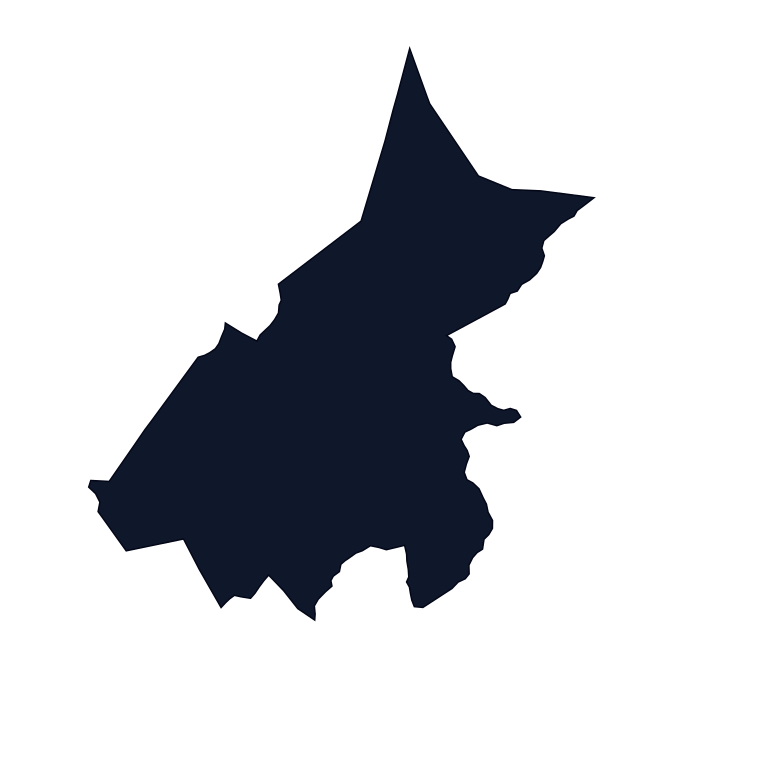 Moraújo, Ceará, Brazil, rotated 126°
{"feature_id": "56859067B38471619751725", "entity_name": "Moraújo", "entity_type": "district", "adm_level": 2, "iso_a3": "BRA", "parent_name": "Brazil", "parent_adm1": "Ceará", "projection": "robinson", "projection_center": [-40.674, -3.448], "detail": "fine", "context": "isolated", "style": "filled", "palette": "ink", "viewbox_px": 768, "rotation_deg": 126, "n_neighbors": 0, "source": "geoboundaries", "source_scale": "gbopen_adm2", "svg_char_len": 2030}
<svg xmlns="http://www.w3.org/2000/svg" viewBox="0 0 768 768"><g transform="rotate(126 384 384)"><path d="M657.3,534.1L670.5,494.5L663.9,488.5L627.2,455.1L642.6,424.4L660.6,384.4L653.9,383.6L648.5,382.6L642.9,380.8L640.1,374.4L635.8,366.0L629.1,365.4L621.1,365.7L613.8,365.6L606.4,365.0L610.2,343.7L616.4,321.7L615.7,301.3L610.6,304.5L604.5,309.9L596.8,310.7L586.4,309.2L578.1,307.3L574.3,311.4L569.3,312.1L562.0,309.8L555.2,312.9L550.0,311.7L545.0,309.9L537.2,307.3L531.6,303.5L522.8,299.9L519.2,292.0L516.7,284.7L509.7,278.7L502.4,272.5L508.4,265.7L513.9,261.3L519.8,255.3L525.6,250.5L530.9,249.4L533.4,244.0L538.1,239.3L542.5,234.5L546.3,228.6L541.9,221.2L509.5,208.8L500.7,207.6L493.8,203.8L487.6,203.5L480.7,208.8L472.4,210.2L465.7,209.6L459.7,207.2L450.9,211.8L444.2,210.7L437.1,211.4L430.6,216.0L426.5,224.5L421.0,230.5L417.9,236.7L412.9,245.6L411.8,254.0L412.7,260.6L408.3,267.2L400.3,270.3L392.5,272.5L388.9,277.6L386.7,283.1L383.4,289.1L375.4,290.3L368.7,286.7L362.3,283.9L354.9,277.6L351.4,268.2L345.1,263.7L338.8,256.5L330.4,254.0L327.5,261.3L329.6,267.5L334.9,271.6L337.1,277.5L338.2,284.8L335.5,294.2L335.7,301.3L339.2,306.3L339.9,312.3L338.3,318.7L337.3,325.2L338.0,333.1L332.3,339.1L327.2,342.8L321.0,345.3L312.0,348.4L308.0,355.6L308.1,361.9L262.0,339.7L248.0,333.0L242.7,333.7L236.6,335.2L230.5,330.8L222.5,331.2L214.2,327.4L204.8,325.5L197.7,325.8L191.8,327.5L186.0,329.6L181.3,336.2L174.0,339.0L166.9,337.4L160.6,335.9L150.5,335.2L142.0,331.8L136.5,329.0L130.1,329.7L123.1,327.5L109.9,323.6L135.6,370.7L151.6,394.8L160.2,429.9L130.4,511.8L126.7,517.4L97.5,560.4L141.5,543.4L156.4,537.9L187.1,525.9L265.7,498.3L365.3,528.1L371.7,521.2L376.7,516.3L381.7,515.3L388.6,511.1L396.4,510.3L403.8,510.5L417.1,513.0L424.0,512.1L426.5,529.1L427.9,548.2L433.2,545.1L441.4,543.2L448.4,541.3L454.7,541.2L461.1,543.4L466.3,546.0L471.6,550.1L550.0,550.4L561.3,550.6L579.3,550.1L624.4,549.1L634.4,564.5L641.0,562.3L642.2,552.9L646.6,544.4L655.3,540.3L657.3,534.1Z" fill="#0f172a" stroke="#020617" stroke-width="1.5"/></g></svg>